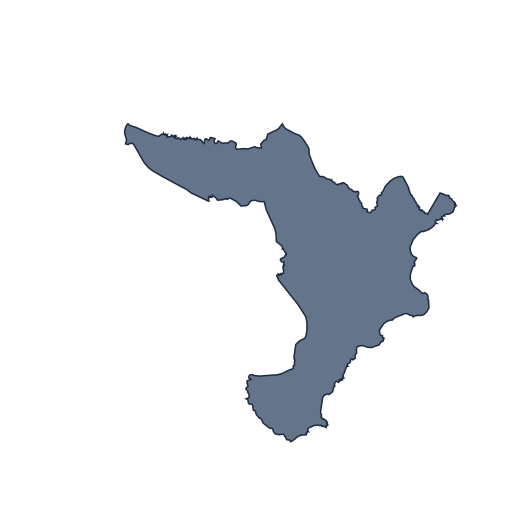 Sumba Barat, Nusa Tenggara Timur, Indonesia (Robinson projection), rotated 299°
{"feature_id": "22746128B3578697728098", "entity_name": "Sumba Barat", "entity_type": "district", "adm_level": 2, "iso_a3": "IDN", "parent_name": "Indonesia", "parent_adm1": "Nusa Tenggara Timur", "projection": "robinson", "projection_center": [119.366, -9.585], "detail": "fine", "context": "isolated", "style": "filled", "palette": "slate", "viewbox_px": 512, "rotation_deg": 299, "n_neighbors": 0, "source": "geoboundaries", "source_scale": "gbopen_adm2", "svg_char_len": 6158}
<svg xmlns="http://www.w3.org/2000/svg" viewBox="0 0 512 512"><g transform="rotate(299 256 256)"><path d="M402.3,395.4L402.3,394.6L401.1,393.1L401.0,389.2L400.3,386.4L375.8,385.8L376.2,385.2L375.3,383.4L375.4,382.5L376.0,382.4L376.1,380.0L376.6,379.3L375.8,378.8L376.4,378.4L375.7,376.2L378.1,375.4L377.6,373.5L378.7,373.7L379.7,370.5L380.7,369.8L381.3,368.1L382.7,366.6L383.1,364.8L384.2,363.6L385.4,360.5L387.7,358.3L388.3,357.0L389.5,356.6L396.3,346.4L396.1,344.4L394.4,342.1L390.7,339.1L386.6,337.0L379.8,335.3L373.9,335.7L372.3,335.0L370.0,336.1L368.9,334.4L365.3,333.9L363.8,335.3L361.6,335.4L358.5,338.1L356.4,336.5L354.6,337.7L353.4,337.0L352.5,335.4L349.3,335.1L348.4,332.0L348.7,331.4L350.0,331.4L350.8,330.4L349.6,326.6L350.8,325.4L351.0,324.3L353.4,322.8L353.5,321.1L355.0,319.7L355.1,318.4L356.3,317.8L357.1,315.8L358.9,316.0L361.0,315.2L361.8,314.2L361.5,312.9L360.2,312.1L360.4,311.3L359.7,309.8L360.4,307.6L360.0,305.3L360.5,304.9L360.3,304.0L362.1,301.5L362.6,297.2L361.4,295.5L360.9,296.0L359.2,293.5L358.1,293.3L357.5,290.2L358.4,289.2L358.1,286.7L359.0,285.7L358.5,285.8L358.7,282.8L357.8,280.8L358.1,276.8L357.4,275.6L357.7,275.2L356.4,273.6L356.6,272.8L360.7,265.6L367.1,257.4L371.2,252.9L374.9,250.7L376.4,249.1L380.4,241.7L381.9,238.4L382.6,235.1L381.9,231.0L381.7,220.2L382.6,217.7L384.4,215.0L378.9,214.1L376.5,213.1L368.4,207.2L362.8,208.4L360.9,206.9L356.4,205.9L355.6,206.1L354.3,207.8L352.9,208.1L351.0,203.6L351.0,201.9L345.8,197.1L344.1,193.5L340.0,187.3L341.1,185.3L344.1,184.7L345.0,183.8L345.0,179.2L343.9,177.7L341.6,177.0L338.3,171.7L338.3,167.0L335.7,167.1L334.6,166.0L335.0,164.8L336.7,163.4L338.8,163.3L337.9,159.3L336.9,158.5L335.9,159.1L334.2,158.6L334.4,155.8L334.0,154.9L332.7,154.8L329.3,156.1L329.8,153.0L330.5,152.7L330.8,150.7L329.6,148.5L330.6,147.3L328.1,146.9L328.1,146.2L329.1,145.2L327.4,143.2L328.1,140.5L326.4,141.2L326.5,139.3L325.9,137.6L325.2,137.5L324.4,138.6L324.0,138.2L324.2,136.6L323.1,136.9L323.1,135.8L324.2,134.9L321.3,133.5L321.9,131.2L321.5,130.3L320.2,130.0L320.1,128.4L321.2,128.1L321.7,127.2L322.2,128.0L322.6,127.3L321.5,126.0L320.1,126.8L320.8,123.5L319.2,123.7L317.9,121.8L317.0,121.3L317.3,120.3L319.3,119.7L317.9,118.8L317.8,117.9L318.8,117.7L317.9,116.3L318.5,115.5L317.1,115.7L316.8,114.4L313.7,113.1L312.8,111.1L311.5,103.2L310.4,89.5L309.0,81.8L309.6,80.2L309.3,79.7L305.8,79.5L301.8,80.4L298.9,82.3L294.9,86.5L290.8,87.5L291.3,89.8L293.7,91.6L294.5,93.5L294.3,95.0L283.3,113.1L281.2,119.2L280.4,123.7L280.1,135.6L280.5,162.9L279.7,169.0L280.9,187.6L281.3,188.3L282.5,186.8L283.8,186.8L284.2,186.0L285.2,186.0L286.2,187.1L285.3,187.6L285.9,189.1L288.1,188.7L287.3,192.9L286.2,195.4L289.3,199.9L291.6,201.9L291.5,203.4L293.3,204.3L294.1,205.2L294.2,212.6L292.4,218.7L295.4,223.2L297.3,224.3L301.4,224.7L303.4,226.6L304.6,229.0L305.1,232.2L307.5,236.9L301.5,242.4L288.7,259.6L285.0,262.8L278.5,266.8L277.3,273.9L276.3,275.3L274.8,275.7L275.4,276.3L272.8,280.7L273.0,281.2L272.1,281.8L271.9,281.2L268.7,281.3L265.6,279.0L264.6,279.0L263.2,281.2L264.3,283.2L261.8,284.3L261.9,285.0L261.1,285.4L259.9,284.6L255.6,287.9L253.9,288.1L253.1,287.1L252.0,287.1L252.6,286.3L251.6,286.1L251.2,284.4L250.7,285.4L250.1,285.3L249.4,283.6L248.6,283.7L247.8,285.4L245.9,287.4L234.0,316.1L227.4,328.3L225.9,330.1L222.0,333.1L216.0,336.4L210.8,338.3L207.9,338.6L202.7,335.2L197.9,333.7L187.1,337.8L184.6,339.1L183.7,340.9L182.3,340.8L179.5,342.4L177.6,341.9L176.0,343.0L174.3,342.3L173.2,340.9L165.9,335.8L162.7,332.6L152.5,317.0L150.6,312.3L150.4,310.1L148.5,308.0L146.0,308.6L145.7,309.6L146.0,310.6L145.5,311.6L142.8,308.8L141.0,309.3L138.3,312.2L135.4,311.3L134.5,312.1L134.1,314.2L132.7,314.9L131.7,316.9L129.5,318.3L128.2,318.1L126.3,316.6L126.5,317.9L126.0,318.9L123.6,320.7L123.3,322.2L124.4,323.9L123.8,325.5L119.9,328.3L120.1,330.6L117.5,333.1L115.9,337.4L116.0,339.4L113.3,343.5L112.2,350.1L112.2,352.5L113.1,353.4L113.0,354.4L111.1,356.1L109.7,359.1L111.0,363.1L113.2,365.8L113.4,367.0L112.2,368.5L112.1,369.5L110.2,371.8L111.3,374.5L110.4,376.5L114.2,378.6L117.4,379.6L121.0,382.0L124.0,386.6L125.5,385.8L125.8,386.4L127.1,385.9L127.8,387.2L128.2,386.1L129.3,385.5L130.9,385.4L132.2,385.9L133.4,387.4L135.5,388.5L138.4,392.4L138.5,394.0L139.5,395.0L138.9,396.4L140.0,398.2L140.0,400.4L141.6,399.7L142.6,400.9L143.4,400.4L143.8,399.2L145.2,399.1L145.2,397.6L146.2,397.2L146.0,395.0L146.5,394.6L145.6,392.9L146.6,391.9L146.5,391.3L149.1,390.1L149.3,389.2L151.0,388.0L164.7,382.9L167.9,383.5L170.2,385.8L170.2,387.0L174.5,388.8L178.7,387.6L180.6,388.0L182.0,386.6L184.3,386.5L185.6,387.3L185.4,389.3L186.8,389.2L186.5,390.3L187.6,388.9L188.5,388.9L188.9,389.4L188.3,390.0L188.8,391.0L190.3,390.4L190.7,390.7L190.3,391.4L191.6,390.9L191.9,391.9L194.1,389.7L196.3,389.9L203.4,388.8L204.1,389.8L204.2,388.8L205.6,388.6L209.0,390.0L211.5,388.9L212.6,390.0L212.1,391.0L214.6,392.3L217.3,390.7L220.1,391.0L222.4,389.4L225.2,388.4L227.3,389.9L229.2,392.4L230.4,398.3L232.1,401.6L237.9,406.8L241.5,406.9L242.0,407.8L243.1,407.6L243.5,408.4L244.7,407.8L245.5,408.2L246.5,407.3L246.0,405.9L247.7,405.2L247.1,403.6L247.6,402.6L250.1,400.3L251.3,399.9L258.5,400.5L262.1,402.0L265.1,404.6L265.9,406.2L269.5,407.4L278.1,414.5L278.9,416.7L278.8,419.4L279.7,421.2L279.0,422.9L279.4,422.8L281.3,424.9L282.9,426.7L283.3,428.2L286.2,431.3L290.1,432.4L294.0,432.5L295.3,431.9L301.2,428.2L301.5,427.2L303.5,426.4L305.1,424.9L305.8,422.6L305.6,421.2L304.3,420.2L304.1,418.6L305.3,414.7L305.8,409.4L306.6,407.2L310.2,402.4L315.1,399.8L323.1,398.3L324.2,399.6L324.6,399.1L326.0,399.0L326.9,397.3L331.2,397.7L332.4,397.3L331.9,394.5L332.9,391.2L335.5,388.4L338.4,386.5L346.6,385.5L353.2,386.8L357.6,388.6L358.5,390.6L363.2,394.6L363.9,394.4L365.0,395.5L368.4,396.8L371.6,397.2L372.2,398.4L372.6,396.3L375.0,396.1L375.2,397.4L378.4,400.3L378.6,401.1L378.1,401.7L378.9,401.7L379.3,399.5L380.6,399.5L380.7,400.1L382.4,400.5L382.5,401.7L383.4,401.2L384.5,401.6L385.8,403.9L387.4,405.5L390.5,407.0L394.1,406.1L395.4,406.4L396.1,405.7L397.1,406.8L397.6,406.0L397.4,404.7L398.3,404.2L398.6,404.6L399.3,403.8L399.6,401.3L400.8,399.3L400.6,397.3L402.3,395.4Z" fill="#64748b" stroke="#1e293b" stroke-width="1.5"/></g></svg>